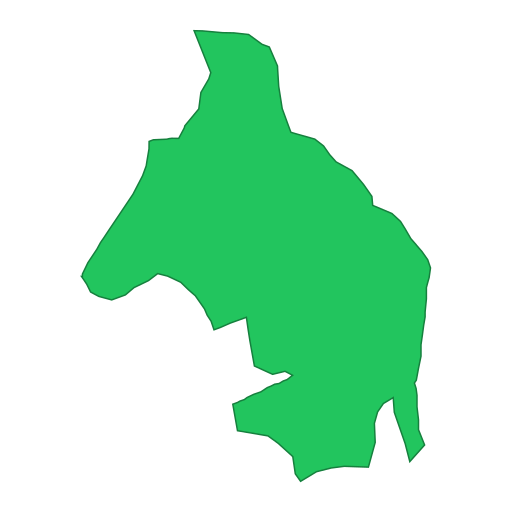 Ohafia, Abia, Nigeria (Natural Earth projection)
{"feature_id": "59680162B76876152340896", "entity_name": "Ohafia", "entity_type": "district", "adm_level": 2, "iso_a3": "NGA", "parent_name": "Nigeria", "parent_adm1": "Abia", "projection": "natural_earth1", "projection_center": [7.789, 5.658], "detail": "fine", "context": "isolated", "style": "filled", "palette": "green", "viewbox_px": 512, "rotation_deg": 0, "n_neighbors": 0, "source": "geoboundaries", "source_scale": "gbopen_adm2", "svg_char_len": 1861}
<svg xmlns="http://www.w3.org/2000/svg" viewBox="0 0 512 512"><path d="M396.6,217.8L391.9,213.5L372.7,205.4L371.9,196.4L363.5,184.4L352.1,170.7L336.1,161.9L329.6,154.6L323.6,146.0L314.8,139.1L296.0,133.8L290.9,132.3L288.5,125.9L282.2,108.6L278.7,86.3L277.6,68.7L277.5,66.0L269.3,47.0L262.0,44.3L248.6,34.5L233.9,32.9L222.6,32.7L202.5,30.9L194.1,30.7L205.6,59.6L210.8,72.6L208.8,78.9L200.9,92.5L198.8,108.9L184.9,125.7L184.2,128.1L178.7,138.4L171.8,138.3L169.2,138.6L166.9,139.2L153.3,139.8L149.1,141.4L149.0,148.9L147.1,160.2L146.2,165.9L142.6,175.7L133.0,194.2L127.1,203.0L119.6,214.2L108.9,230.1L103.6,238.1L102.5,239.7L101.7,240.8L100.5,242.6L96.9,249.2L87.9,262.7L82.4,274.1L82.4,276.4L81.5,276.4L83.7,279.6L86.8,284.3L90.6,292.0L98.8,296.4L111.7,299.9L125.4,294.9L134.0,287.6L148.5,280.6L157.7,273.6L167.6,276.1L171.9,278.1L180.8,282.3L188.3,289.6L191.7,292.6L195.3,295.7L204.5,308.9L207.2,315.2L211.1,321.2L214.0,329.8L220.5,327.4L230.0,323.2L246.4,317.3L248.1,329.3L249.9,340.8L251.1,347.5L254.4,366.0L272.6,374.3L285.0,371.3L288.7,373.2L292.6,375.3L287.1,379.6L283.2,381.0L279.1,383.5L274.7,384.2L271.0,386.1L267.3,387.6L260.8,391.9L253.8,394.3L247.1,397.5L244.3,399.6L239.9,401.1L237.7,402.4L232.8,404.2L237.5,430.7L268.0,435.9L278.3,443.4L292.8,456.6L295.3,473.8L300.6,481.3L316.5,471.7L331.0,468.0L344.3,466.3L368.4,467.1L375.2,442.4L374.4,423.3L377.6,411.9L383.4,403.5L393.2,397.6L394.3,412.3L405.2,443.7L409.8,461.6L424.6,445.0L418.5,429.7L418.5,419.9L417.0,406.9L417.0,395.4L416.1,388.5L414.4,383.0L416.3,380.2L418.3,369.3L420.0,361.0L421.0,356.2L421.0,347.2L421.0,344.7L422.4,334.9L423.7,325.1L425.1,316.9L425.1,312.0L426.4,298.9L426.4,295.7L426.4,287.5L428.0,281.5L429.1,277.7L430.5,267.9L427.7,259.7L422.0,251.6L416.4,245.1L416.2,244.8L410.8,238.6L405.1,228.8L400.5,221.4L396.6,217.8Z" fill="#22c55e" stroke="#15803d" stroke-width="1.5"/></svg>